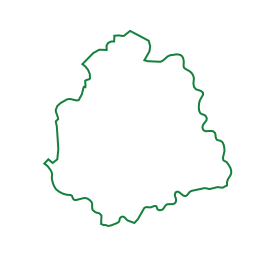 SVG path tracing the border of Indre, rotated 346°
{"feature_id": "FRA-5309", "entity_name": "Indre", "entity_type": "Metropolitan department", "adm_level": 1, "iso_a3": "FRA", "parent_name": "France", "parent_adm1": "", "projection": "mercator", "projection_center": [1.588, 46.82], "detail": "fine", "context": "isolated", "style": "outline", "palette": "green", "viewbox_px": 256, "rotation_deg": 346, "n_neighbors": 0, "source": "natural_earth", "source_scale": "10m", "svg_char_len": 2587}
<svg xmlns="http://www.w3.org/2000/svg" viewBox="0 0 256 256"><g transform="rotate(346 128 128)"><path d="M96.5,78.1L97.0,76.5L97.9,71.8L99.1,71.4L102.2,71.3L103.1,70.7L104.0,66.3L103.3,61.9L101.5,58.0L99.2,55.0L112.4,46.9L119.0,45.1L126.2,47.1L127.1,42.9L129.4,40.6L132.5,40.0L135.5,40.7L135.8,39.5L136.8,36.4L137.0,35.2L141.8,36.0L144.4,37.2L146.4,37.6L153.5,34.3L169.2,48.4L169.3,54.1L167.3,58.9L160.3,66.2L163.1,67.9L175.6,71.6L178.3,71.0L183.7,68.2L186.6,67.6L193.6,68.4L196.5,69.8L197.7,71.2L198.3,73.1L198.4,75.2L198.1,77.4L196.9,81.4L196.9,82.9L197.9,84.4L201.4,87.7L202.9,89.8L203.9,92.5L204.0,95.6L202.2,100.9L202.0,104.0L203.2,106.8L207.9,109.8L209.3,111.9L208.9,113.8L204.4,118.6L203.0,121.1L201.8,124.6L201.2,128.2L201.7,131.1L203.1,132.5L204.8,133.5L206.2,134.9L206.8,137.3L206.1,139.4L201.6,143.1L200.5,145.0L200.3,147.0L201.0,148.7L202.5,149.9L208.2,151.0L210.0,151.9L211.2,153.8L211.3,155.7L210.9,157.7L211.0,159.9L211.6,161.2L214.7,162.8L216.3,164.9L216.8,167.8L216.6,170.9L216.0,173.8L212.8,180.1L212.8,182.4L213.3,183.0L215.3,184.8L216.3,186.8L217.7,191.5L217.8,194.1L217.3,196.6L216.1,198.5L212.5,202.0L211.0,204.4L210.2,207.7L205.2,208.8L200.5,207.0L192.8,207.0L191.7,206.7L188.9,205.2L187.2,204.8L175.0,204.4L173.6,204.6L172.2,205.1L169.5,207.2L168.1,207.9L166.4,207.7L165.1,206.7L162.2,202.8L161.1,201.9L159.8,201.7L158.6,202.0L157.5,203.6L157.2,205.0L157.2,206.4L157.4,207.7L157.3,209.0L157.0,210.2L156.4,211.4L155.2,212.3L153.6,212.8L147.9,211.5L146.4,211.8L144.7,213.0L143.5,214.3L142.1,215.3L140.5,215.7L138.2,215.2L137.0,214.1L136.7,212.8L136.8,211.5L136.2,210.5L134.9,210.0L131.3,210.5L129.4,210.2L127.8,209.5L126.3,209.1L124.4,209.6L115.5,218.9L111.2,221.7L105.1,217.5L104.4,216.3L103.7,215.0L102.9,213.7L101.6,212.7L100.2,212.6L98.4,213.5L97.7,214.7L97.2,216.0L96.2,217.0L94.2,217.6L88.3,218.4L86.3,218.4L84.7,218.1L82.8,216.7L81.0,216.4L78.7,214.6L81.1,206.4L79.5,203.8L76.8,202.4L75.5,201.2L74.0,199.2L73.8,197.4L74.9,192.6L74.9,192.1L74.6,190.9L74.0,189.7L73.2,188.5L72.2,187.3L71.0,186.3L69.8,185.7L68.4,185.3L59.8,185.3L58.2,184.5L57.6,183.3L57.2,180.2L56.4,179.4L55.5,178.9L52.7,178.1L49.0,176.0L45.8,173.2L44.1,171.1L43.0,169.3L42.2,166.3L41.8,163.5L41.8,159.6L42.0,158.2L42.3,157.0L42.8,155.7L43.2,154.4L43.2,152.5L42.7,150.2L41.2,146.4L40.1,144.6L38.2,142.3L43.1,139.1L46.4,143.7L51.8,141.3L55.3,131.7L59.3,109.3L59.4,105.7L59.6,104.0L62.4,102.5L62.5,100.3L62.0,95.2L62.2,93.1L64.7,89.6L68.3,87.6L75.6,85.5L78.6,85.7L84.9,88.9L86.9,89.0L91.4,84.1L94.7,77.9L95.3,77.4L95.9,77.9L96.5,78.1Z" fill="none" stroke="#15803d" stroke-width="2"/></g></svg>